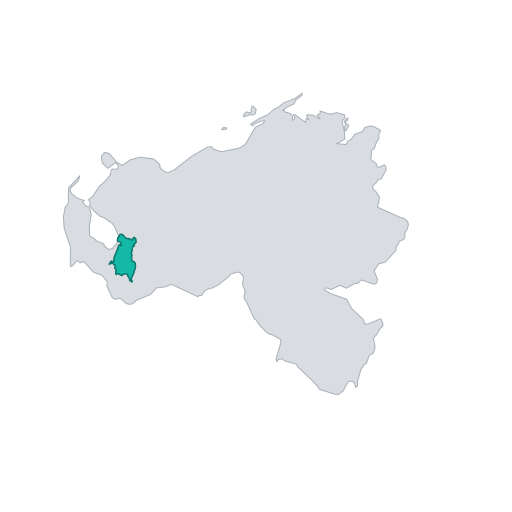 Venezuela, with Mérida highlighted, rotated 332°
{"feature_id": "VEN-27", "entity_name": "Mérida", "entity_type": "State", "adm_level": 1, "iso_a3": "VEN", "parent_name": "Venezuela", "parent_adm1": "", "projection": "robinson", "projection_center": [-71.244, 8.52], "detail": "fine", "context": "in_parent", "style": "filled", "palette": "teal", "viewbox_px": 512, "rotation_deg": 332, "n_neighbors": 0, "source": "natural_earth", "source_scale": "10m", "svg_char_len": 7198}
<svg xmlns="http://www.w3.org/2000/svg" viewBox="0 0 512 512"><g transform="rotate(332 256 256)"><path d="M420.0,196.1L424.7,203.0L424.2,204.6L421.4,206.2L419.7,210.1L416.1,211.8L411.1,216.5L407.7,216.9L402.7,224.8L405.5,230.9L404.9,234.0L406.1,235.5L412.1,235.7L412.6,237.3L411.9,239.9L410.8,241.5L402.8,246.5L398.9,246.0L397.3,247.5L392.2,248.6L390.7,251.6L392.1,255.6L392.7,262.2L386.2,270.0L402.5,290.9L404.2,291.9L406.0,296.7L405.4,299.6L402.5,303.0L398.4,305.4L396.0,309.7L393.6,310.6L389.1,310.3L386.9,312.6L384.1,313.5L382.3,316.7L367.3,322.1L360.9,320.5L353.4,324.4L352.1,334.1L349.8,336.4L347.0,336.4L337.7,326.5L333.0,327.9L329.9,326.6L320.7,326.9L316.4,321.3L306.8,320.9L303.1,317.1L301.5,317.1L300.8,318.3L304.5,324.6L315.7,336.6L315.8,347.4L321.0,362.5L320.1,367.3L323.2,368.7L336.5,369.9L336.4,375.2L334.7,377.7L332.0,378.1L325.2,382.2L321.1,383.5L318.4,392.3L316.2,394.8L313.7,396.9L309.2,397.0L303.0,402.7L300.9,402.6L295.7,405.3L287.3,413.6L284.5,418.6L282.5,418.7L283.3,414.3L282.2,411.9L280.2,410.7L278.4,410.5L276.1,411.6L269.8,415.9L263.8,416.9L260.6,414.9L249.4,403.5L249.2,399.7L246.6,390.6L240.9,373.7L241.0,370.5L232.1,362.0L230.8,359.0L227.1,357.9L224.8,359.0L225.4,356.2L237.4,344.1L238.5,341.4L233.8,333.6L231.2,331.4L229.7,328.7L226.7,319.3L225.9,312.0L224.9,310.5L226.1,292.8L225.6,288.9L226.5,285.9L228.8,283.9L230.1,280.8L230.4,276.5L231.8,273.0L234.3,270.2L235.2,267.5L234.1,263.2L232.0,261.4L224.7,260.1L222.7,261.4L209.4,263.8L202.8,263.8L197.8,262.6L194.0,263.0L189.5,265.4L187.3,264.1L185.6,264.7L168.0,241.3L161.6,240.7L152.9,237.4L146.0,240.1L143.1,240.3L130.8,239.0L124.0,240.2L121.2,239.0L119.3,237.2L116.2,229.5L111.5,228.2L109.6,225.1L110.2,212.6L112.5,209.2L111.6,203.5L111.0,200.8L104.8,193.9L101.5,180.2L97.5,179.5L96.2,176.5L95.0,176.0L91.7,177.8L88.1,178.6L87.3,177.8L96.3,161.0L99.8,141.1L104.2,131.3L110.3,123.4L115.2,121.1L122.5,107.8L138.3,102.3L134.1,106.3L124.7,108.9L122.5,110.5L122.7,114.9L125.5,121.3L130.3,126.3L128.1,126.8L129.1,131.3L131.4,134.4L131.5,136.4L129.7,142.4L122.5,151.9L118.6,160.2L121.6,165.2L122.0,167.6L127.3,173.8L126.8,176.2L129.2,181.3L132.9,181.9L140.3,178.8L144.1,173.5L145.0,163.3L144.3,159.7L139.8,150.9L136.7,147.5L134.0,139.9L132.7,133.0L134.8,131.3L134.6,127.7L139.7,126.7L150.7,120.8L157.6,119.3L165.4,116.1L168.7,112.0L169.9,111.7L174.0,114.1L176.0,113.3L176.8,111.4L175.7,107.7L166.3,109.0L164.0,101.6L166.1,95.6L171.0,93.3L174.6,96.8L177.0,107.5L180.3,113.1L190.2,112.0L200.3,114.5L211.0,122.1L214.1,130.1L212.8,132.1L213.5,135.5L215.1,138.9L217.5,141.0L224.1,141.6L246.1,137.7L264.5,137.1L268.1,138.7L268.5,141.6L274.4,147.7L292.4,153.0L299.4,152.2L315.8,142.0L324.6,142.3L327.1,140.7L323.9,139.2L316.5,138.6L314.3,139.6L313.0,137.0L323.6,136.2L333.0,136.8L340.6,134.9L346.6,135.0L352.7,133.8L364.2,135.2L373.2,134.0L372.1,135.7L364.4,137.0L360.8,139.5L353.0,139.1L347.5,140.0L349.3,140.6L349.3,143.2L350.8,143.7L353.2,146.8L353.8,149.4L351.9,153.4L354.1,153.0L355.4,151.7L355.4,148.8L356.6,149.3L362.4,161.1L364.9,158.3L366.6,160.0L366.5,155.6L368.4,155.7L372.7,158.7L377.0,165.4L376.2,160.3L379.7,160.2L380.6,158.0L387.6,165.4L395.0,167.6L400.5,173.1L399.3,175.8L396.1,177.2L394.8,178.9L392.4,187.7L389.3,194.6L380.1,194.7L387.9,200.0L390.7,197.8L394.6,197.7L400.4,194.9L408.4,196.1L411.9,193.8L416.2,194.2L420.0,196.1ZM324.1,123.0L324.9,126.7L322.4,129.9L319.0,130.0L316.4,127.9L314.9,128.3L310.4,127.2L311.7,125.2L315.0,124.2L317.6,126.5L319.7,126.6L320.2,124.7L323.0,121.9L324.1,123.0ZM398.9,184.7L394.0,187.6L393.7,184.8L397.5,181.3L399.2,183.4L398.9,184.7ZM290.2,129.3L288.9,130.0L285.2,128.4L286.0,127.4L288.0,127.4L290.2,129.3ZM399.9,179.4L396.9,180.3L397.7,178.3L400.8,177.1L402.0,177.6L399.9,179.4Z" fill="#d9dde1" stroke="#a8b0b8" stroke-width="1"/><path d="M140.8,178.0L141.1,176.7L141.6,176.3L142.3,175.4L142.5,175.1L143.4,175.0L143.6,174.9L143.7,174.7L143.9,174.6L144.1,174.6L144.5,174.4L144.7,174.1L144.8,173.7L145.1,173.6L145.5,173.3L145.9,173.3L146.3,173.3L146.7,173.3L146.9,173.4L147.2,173.6L147.7,174.1L148.1,174.5L148.3,174.7L148.5,175.3L148.8,176.9L149.0,177.4L149.0,177.9L149.2,178.4L149.7,179.4L149.9,179.7L150.8,180.3L151.0,180.4L151.1,180.5L151.3,180.5L151.5,180.7L151.9,181.4L152.1,181.6L152.6,181.5L153.0,181.8L153.1,182.1L153.2,182.5L153.4,183.1L153.6,183.4L153.7,183.6L153.9,183.7L154.1,183.8L154.3,183.7L155.2,183.3L156.0,182.5L156.1,182.4L156.3,182.3L156.6,182.2L156.8,182.2L157.0,182.3L157.1,182.8L157.4,183.0L157.5,183.0L157.7,183.4L157.7,183.7L157.7,184.2L157.9,184.6L157.4,185.4L157.2,185.9L157.1,187.0L156.9,187.2L156.8,187.4L156.4,187.5L155.9,187.7L155.4,187.9L155.0,188.1L154.8,188.3L154.6,188.3L154.3,188.2L154.1,188.3L153.9,188.5L153.8,188.8L153.6,189.3L153.4,189.7L153.3,189.8L153.2,189.9L153.1,190.0L152.9,190.0L152.7,189.9L152.6,189.6L152.5,189.4L152.1,189.5L151.2,190.4L150.6,190.8L150.3,191.1L150.1,191.5L148.9,193.4L148.5,194.0L148.4,194.0L148.3,193.9L148.1,193.8L147.9,193.9L147.4,194.4L147.2,194.6L147.0,194.9L147.0,195.1L146.9,195.2L146.9,195.4L146.9,195.6L147.0,195.9L147.1,196.1L147.1,196.4L147.0,196.7L146.8,197.3L146.6,197.5L145.9,198.2L145.6,198.5L145.4,198.8L145.4,199.3L145.3,199.6L145.2,199.8L144.5,200.6L144.4,200.8L144.4,201.0L144.4,201.7L144.4,202.0L144.5,202.3L144.7,202.9L144.7,203.0L144.8,203.1L145.2,203.3L145.3,203.4L145.4,203.5L145.5,203.7L145.6,204.0L145.7,204.6L145.8,204.8L146.0,205.2L146.0,205.4L146.0,205.8L145.9,206.1L145.7,206.4L145.6,206.6L145.1,207.5L144.8,208.5L144.0,209.7L142.1,211.7L141.1,212.3L140.9,212.6L140.3,213.5L140.0,213.8L139.7,214.0L139.1,214.4L135.6,217.2L134.8,218.2L134.8,218.8L135.0,219.7L134.9,220.1L134.8,220.3L134.6,220.4L134.2,220.6L134.0,219.8L133.9,219.4L133.7,219.2L133.2,218.8L133.1,218.7L133.0,218.3L133.4,217.3L133.6,216.8L133.7,216.4L133.6,214.9L133.5,214.1L133.3,213.8L133.3,213.6L133.3,213.2L133.8,212.5L133.9,212.1L133.9,211.9L133.6,211.5L131.6,210.0L131.0,210.0L130.8,210.0L130.4,209.9L130.0,210.0L129.8,210.0L129.6,209.9L129.3,209.9L129.2,209.9L129.1,210.0L128.9,210.2L128.8,210.3L128.6,210.2L128.3,210.1L127.7,209.5L127.5,209.2L126.4,207.3L126.3,207.2L125.8,206.8L125.6,206.7L125.1,206.6L124.0,206.8L123.9,206.7L123.9,206.4L124.0,205.9L124.1,205.2L124.8,204.2L125.2,203.5L125.3,203.3L125.7,203.1L125.8,203.0L125.9,202.8L126.1,202.0L125.6,200.4L126.9,198.6L127.0,198.4L127.1,198.0L127.0,197.5L127.0,197.4L126.9,197.4L126.5,196.7L126.4,196.6L126.3,195.6L126.2,195.3L126.1,195.2L125.9,195.0L125.8,194.9L122.7,194.3L122.9,194.0L123.3,193.9L123.6,193.8L123.8,193.7L124.1,193.6L124.3,193.3L124.6,193.0L124.7,192.9L124.8,192.8L124.9,192.7L125.1,192.6L125.5,192.6L125.9,192.6L126.0,192.7L126.1,192.8L126.3,193.0L126.3,193.3L126.3,193.5L126.2,193.8L126.1,194.0L126.3,194.1L126.5,194.0L126.9,193.9L127.2,193.8L127.4,193.8L127.5,193.8L127.8,193.9L128.0,194.1L128.3,194.0L128.7,192.6L129.0,191.9L129.5,191.3L131.1,189.8L137.7,184.3L138.4,183.4L138.9,182.9L139.3,182.7L139.7,182.4L140.3,182.0L140.7,181.9L140.9,182.2L141.1,182.4L141.3,182.8L141.3,183.1L141.4,183.4L141.6,183.5L142.0,183.4L142.4,183.0L142.6,182.4L142.6,181.6L142.6,181.2L142.7,180.8L142.7,180.1L142.6,179.7L142.2,179.3L141.8,178.8L141.5,178.6L141.1,178.2L140.8,178.0L140.8,178.0Z" fill="#14b8a6" stroke="#0f766e" stroke-width="1.5"/></g></svg>